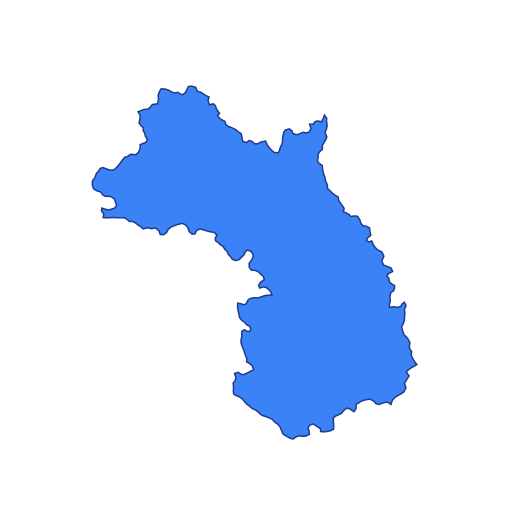 Novo Oriente de Minas, Minas Gerais, Brazil (Albers equal-area conic projection), rotated 155°
{"feature_id": "56859067B87860845609975", "entity_name": "Novo Oriente de Minas", "entity_type": "district", "adm_level": 2, "iso_a3": "BRA", "parent_name": "Brazil", "parent_adm1": "Minas Gerais", "projection": "albers", "projection_center": [-41.219, -17.24], "detail": "fine", "context": "isolated", "style": "filled", "palette": "blue", "viewbox_px": 512, "rotation_deg": 155, "n_neighbors": 0, "source": "geoboundaries", "source_scale": "gbopen_adm2", "svg_char_len": 5205}
<svg xmlns="http://www.w3.org/2000/svg" viewBox="0 0 512 512"><g transform="rotate(155 256 256)"><path d="M271.6,69.6L268.6,67.8L265.5,66.9L262.5,66.1L258.8,66.3L257.1,70.0L255.7,73.4L254.5,76.4L251.8,77.3L249.1,77.2L245.2,77.2L242.1,78.7L238.3,79.9L235.5,77.7L233.0,73.4L229.9,75.4L227.8,79.4L225.0,79.5L222.0,79.9L217.8,79.4L214.3,78.6L212.2,77.0L210.3,74.0L209.7,71.4L207.1,69.5L203.0,69.1L200.3,68.8L198.1,67.3L196.4,64.4L193.6,67.5L189.8,69.1L186.5,69.6L182.5,69.8L179.3,70.4L175.9,73.0L175.2,78.0L171.3,80.5L167.9,82.7L168.9,87.2L166.5,88.3L162.5,89.1L159.6,89.3L156.1,89.6L156.9,93.1L157.3,97.0L157.2,100.8L155.3,103.4L156.0,107.1L154.8,110.0L153.1,112.5L153.3,116.3L153.9,119.2L155.1,121.9L154.8,125.8L153.9,130.7L151.4,132.1L149.4,134.2L147.3,137.6L145.2,141.4L143.9,145.1L140.9,147.7L141.2,151.5L143.8,150.8L146.3,149.1L150.0,149.8L152.5,151.8L156.8,153.1L155.3,156.2L153.5,158.1L152.0,162.1L149.4,165.8L146.1,166.3L143.9,168.4L142.9,170.9L144.6,172.8L146.0,176.1L145.0,179.6L145.9,182.3L143.3,184.1L138.7,184.2L138.7,188.3L141.5,191.0L144.3,194.0L144.0,198.3L140.2,201.8L140.1,206.3L143.1,210.1L144.4,213.4L145.0,217.3L144.7,220.7L147.9,221.2L149.5,223.3L147.3,225.2L143.2,226.3L142.4,230.1L141.2,233.5L143.6,236.5L146.2,238.1L147.1,241.2L146.6,245.2L147.3,249.2L150.5,251.0L153.1,251.4L154.4,254.8L156.3,257.1L158.1,259.0L156.0,262.0L156.7,266.4L157.6,271.0L156.7,275.0L158.8,277.8L160.2,280.6L161.2,283.5L162.7,287.0L161.2,290.4L161.3,294.4L160.3,298.4L159.9,302.7L159.1,306.1L157.7,310.1L159.7,313.4L160.2,316.5L158.1,318.9L156.8,321.8L154.5,323.5L150.8,324.6L149.0,328.3L146.9,329.8L144.2,331.4L141.5,333.9L141.2,338.9L138.6,341.2L136.4,344.1L135.1,348.4L133.7,350.9L134.4,354.8L137.2,352.0L140.0,350.0L142.8,352.2L145.7,352.8L148.5,351.2L151.7,352.9L152.3,348.4L154.9,346.2L158.0,346.0L160.8,348.1L163.5,348.4L166.1,348.1L168.7,349.4L170.8,351.4L170.5,354.2L172.0,357.1L176.1,357.8L178.4,356.5L180.2,354.2L182.3,351.2L183.7,348.3L185.5,346.2L187.7,344.5L190.0,341.9L192.4,340.1L196.0,342.4L197.5,346.3L198.5,349.9L198.9,352.9L198.7,356.1L203.4,357.2L207.4,357.0L209.9,358.5L211.3,361.7L213.5,363.6L216.8,362.8L219.5,365.4L218.5,369.9L217.8,373.4L219.4,375.8L221.1,379.3L224.0,382.8L226.6,385.4L227.8,388.0L227.3,391.2L228.9,393.2L230.6,395.5L231.5,399.7L228.7,400.7L229.3,403.4L229.7,406.2L229.3,409.5L230.3,412.0L234.3,412.7L233.8,417.1L231.4,419.9L233.4,422.3L235.4,425.3L237.1,428.2L239.6,430.0L239.4,434.4L242.5,437.1L245.6,438.2L247.7,436.5L250.2,434.4L253.6,433.1L256.1,434.4L257.4,437.2L261.1,438.3L263.4,440.7L265.0,443.0L267.9,445.8L271.3,447.6L274.1,445.8L276.7,443.1L278.4,438.8L280.9,435.6L283.5,436.3L285.9,437.1L288.8,435.6L292.0,434.8L295.8,436.2L299.3,436.3L301.9,436.6L301.5,432.4L303.5,428.9L305.8,426.0L305.2,422.7L304.0,420.0L305.3,417.2L304.9,414.2L305.7,411.1L305.1,407.8L307.6,405.5L311.5,405.8L314.1,405.8L315.3,402.8L318.5,399.7L322.0,398.6L324.4,399.9L326.8,401.2L330.5,400.5L333.4,400.9L337.3,399.0L341.1,396.9L344.4,395.4L348.3,394.1L352.0,395.5L355.2,398.6L357.5,400.9L360.3,401.2L363.3,399.2L365.8,398.3L368.6,395.3L372.6,393.1L374.5,389.1L374.8,385.5L372.8,382.4L369.7,379.7L369.1,376.3L367.8,374.1L365.1,372.7L362.2,371.1L360.1,367.2L360.7,363.9L360.7,361.2L363.6,359.1L366.5,359.5L370.0,359.9L373.0,362.3L375.5,364.6L377.0,362.3L376.2,358.3L378.3,355.4L375.3,353.8L371.5,352.2L367.8,350.6L365.4,349.2L362.3,347.8L359.0,346.2L357.3,343.7L356.3,340.9L354.0,339.9L351.8,337.8L349.9,334.1L347.8,330.8L346.8,328.2L344.2,327.9L341.7,327.0L339.2,324.9L335.1,323.9L333.3,319.6L333.7,315.9L330.5,314.4L327.4,314.9L324.2,317.3L320.5,318.2L316.6,318.0L313.4,317.6L309.0,316.7L306.7,314.0L305.8,311.0L306.2,306.3L304.7,302.8L302.0,301.8L298.9,304.3L295.3,304.1L292.7,302.0L289.8,299.4L286.9,297.0L283.9,295.1L282.6,291.3L285.5,289.4L286.2,286.8L284.6,284.3L283.8,281.7L281.8,278.7L281.4,275.2L280.3,272.5L280.4,268.9L279.2,266.0L278.9,263.2L276.6,260.6L273.1,259.8L269.4,261.0L266.2,262.2L263.9,264.4L261.3,265.0L259.3,263.2L258.1,260.4L258.3,257.3L260.8,254.8L265.3,252.3L266.9,248.5L266.1,245.0L263.6,243.9L260.7,241.1L259.3,237.2L257.9,234.2L258.6,231.0L262.9,230.4L266.0,228.4L266.2,225.4L262.2,224.8L259.9,222.9L258.6,220.1L257.7,217.0L258.2,213.8L262.3,215.7L265.5,216.5L268.2,216.7L272.3,217.3L275.6,219.1L279.6,220.0L282.5,219.1L285.0,216.8L288.0,217.0L289.8,219.1L292.5,221.0L294.6,216.8L295.9,211.5L296.9,207.1L295.9,203.2L294.3,200.9L293.5,197.5L291.5,195.1L291.4,192.3L293.7,190.1L296.2,191.8L297.7,194.1L300.8,193.7L302.8,189.2L305.2,186.1L306.4,182.9L306.7,179.8L306.9,176.2L307.3,172.4L307.7,169.4L307.7,166.6L309.3,164.1L307.5,161.5L305.9,158.7L306.1,154.1L309.1,153.8L313.1,153.7L316.8,153.6L319.2,154.7L321.1,158.0L325.1,158.6L325.5,154.2L327.7,151.8L330.4,150.5L331.6,147.0L333.5,143.4L334.6,140.5L333.3,138.3L330.6,135.4L328.8,132.1L328.0,129.2L327.0,125.6L325.5,122.9L323.7,119.1L321.1,116.1L319.6,112.6L318.2,109.4L315.1,106.4L312.5,103.8L310.3,101.1L309.1,97.3L307.4,94.4L306.5,91.4L306.6,86.9L306.7,83.1L305.2,80.8L303.7,78.6L302.0,76.3L299.6,74.4L296.6,75.1L293.1,74.9L289.8,72.8L286.8,71.7L282.8,71.9L281.9,74.9L281.4,78.4L278.4,80.1L274.9,79.5L272.9,76.0L270.6,72.3L271.6,69.6Z" fill="#3b82f6" stroke="#1e3a8a" stroke-width="1.5"/></g></svg>